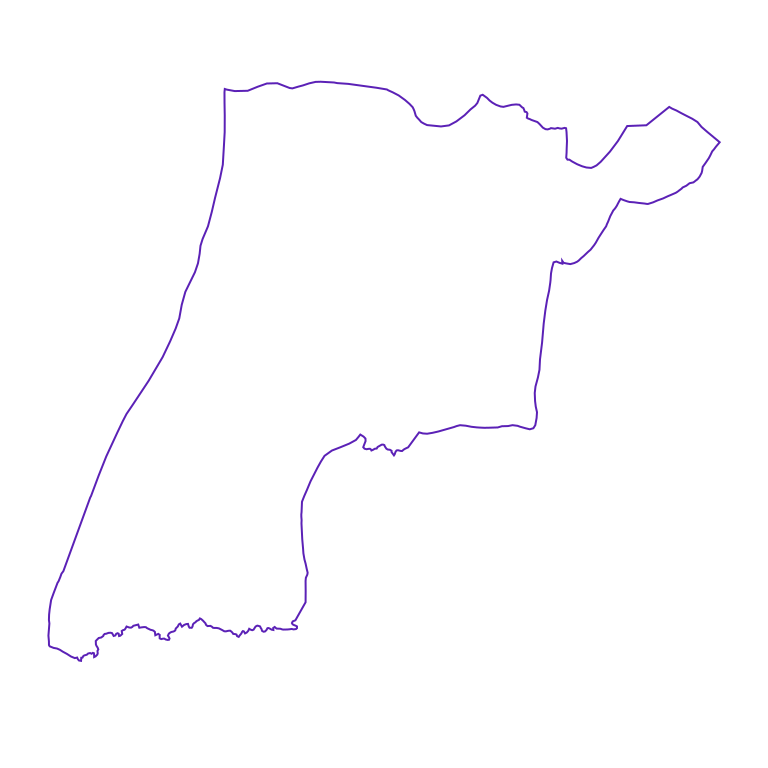 Odongk, Kâmpóng Spœ, Cambodia (Robinson projection), rotated 184°
{"feature_id": "14789045B64989528784016", "entity_name": "Odongk", "entity_type": "district", "adm_level": 2, "iso_a3": "KHM", "parent_name": "Cambodia", "parent_adm1": "Kâmpóng Spœ", "projection": "robinson", "projection_center": [104.6, 11.691], "detail": "fine", "context": "isolated", "style": "outline", "palette": "violet", "viewbox_px": 768, "rotation_deg": 184, "n_neighbors": 0, "source": "geoboundaries", "source_scale": "gbopen_adm2", "svg_char_len": 6116}
<svg xmlns="http://www.w3.org/2000/svg" viewBox="0 0 768 768"><g transform="rotate(184 384 384)"><path d="M455.9,142.1L447.0,160.8L447.7,172.0L448.5,182.1L448.4,185.3L447.2,188.5L447.0,190.4L448.3,194.5L449.7,199.4L451.1,203.4L452.6,209.5L453.2,213.8L454.7,223.3L456.6,239.1L456.7,242.5L457.2,245.8L457.4,248.3L457.3,250.4L457.6,260.8L455.7,266.8L453.5,272.9L450.5,281.8L444.5,295.9L441.5,302.3L438.3,308.2L431.3,314.0L422.8,318.0L414.5,322.1L408.1,326.2L405.7,329.5L404.1,331.9L400.7,330.1L398.7,328.3L398.4,325.8L399.6,321.9L400.3,319.5L398.9,318.1L396.8,317.7L395.1,318.2L393.5,318.4L392.5,317.8L391.9,316.8L390.5,317.5L388.6,318.8L386.8,319.1L386.0,320.7L382.1,323.3L380.7,323.5L379.4,323.1L378.8,321.8L377.1,319.6L375.7,318.9L373.5,318.8L371.8,317.9L371.7,316.6L369.1,313.5L368.5,314.5L367.7,317.3L366.8,318.6L365.4,318.9L362.6,318.4L361.3,318.4L359.7,320.0L358.7,320.7L357.0,321.7L355.5,322.5L345.6,338.2L341.8,337.4L337.5,337.4L332.1,338.7L326.5,340.4L311.3,345.9L308.6,347.1L305.3,348.2L299.5,348.1L293.7,347.4L288.5,347.2L285.7,347.2L281.0,347.3L276.4,347.7L267.5,348.6L263.4,350.1L257.3,350.7L252.9,351.9L247.8,351.6L245.4,350.9L239.6,349.7L235.4,349.0L231.9,350.3L230.2,353.5L229.4,360.8L229.4,366.5L231.0,371.9L232.1,377.5L233.0,385.5L232.7,392.1L230.9,401.3L229.9,409.0L230.1,419.4L229.2,436.3L228.9,455.5L228.2,468.4L227.2,479.2L225.8,488.6L225.2,496.7L225.1,499.4L225.1,506.0L224.5,511.4L223.3,517.2L220.6,518.2L217.3,517.1L214.5,516.5L214.8,519.3L213.3,517.4L210.6,517.0L206.5,516.6L202.7,517.9L199.8,519.5L198.3,520.8L196.0,523.4L193.9,525.4L189.7,530.0L187.3,532.4L184.1,537.1L182.6,539.7L180.1,545.0L175.8,552.8L173.4,556.8L172.8,558.9L171.8,561.5L170.0,567.2L168.4,570.8L167.4,573.1L166.3,574.5L165.3,576.0L164.1,578.2L163.4,579.9L162.2,582.6L160.9,585.2L157.9,584.2L153.8,583.1L151.7,582.7L147.1,582.7L142.5,582.4L136.7,582.2L134.6,582.0L133.3,582.0L128.2,584.0L124.0,586.2L118.5,588.6L114.0,591.1L111.8,592.2L106.4,595.0L105.1,595.9L100.6,599.8L99.9,600.8L96.2,602.9L93.2,605.6L89.4,606.7L85.4,610.3L83.6,612.9L81.9,616.7L81.5,618.9L81.2,622.8L78.8,626.7L75.7,632.0L74.5,634.7L72.8,639.0L71.2,641.1L69.4,643.9L66.0,648.6L78.8,657.8L85.2,662.6L89.6,667.2L95.0,670.1L101.4,672.8L106.5,675.0L111.3,677.2L115.8,678.8L118.8,680.3L140.3,660.4L159.4,658.3L167.6,642.7L174.8,631.6L183.3,620.8L187.2,616.9L190.2,615.1L192.4,614.0L197.2,614.1L201.5,615.0L206.6,616.7L211.7,619.0L214.7,620.7L216.6,620.6L218.0,622.4L218.0,627.3L218.2,632.0L218.4,639.1L219.5,648.1L220.2,651.8L221.7,652.1L224.6,651.1L226.6,651.2L228.5,651.6L231.2,650.6L235.3,650.9L236.4,650.2L238.5,649.4L240.7,649.5L243.4,650.8L247.0,654.2L249.2,656.0L255.3,657.7L257.0,658.4L258.8,658.9L260.1,659.6L259.8,663.9L260.8,665.2L262.6,665.5L263.2,667.0L264.2,669.0L265.5,669.6L268.4,672.0L271.7,672.1L276.0,671.4L284.2,668.8L287.1,669.0L291.6,670.3L295.5,672.2L298.5,674.2L301.2,676.6L305.7,679.4L308.0,678.4L310.5,670.8L312.5,668.0L316.9,663.9L322.4,657.7L330.1,651.0L337.2,646.5L345.1,644.9L359.1,645.3L362.2,646.5L365.1,647.9L367.2,650.0L369.4,652.0L371.0,653.8L372.7,658.4L373.6,660.2L374.7,662.1L378.1,665.2L382.9,668.8L389.5,672.9L395.7,675.6L400.3,677.3L401.6,678.0L412.1,679.0L440.7,680.9L451.6,680.9L454.9,681.3L468.2,681.1L473.3,680.6L479.6,678.7L485.7,676.2L490.1,674.7L496.0,672.5L498.8,672.7L511.4,676.6L521.8,675.6L530.8,671.7L540.4,667.0L553.3,665.8L561.3,666.7L563.4,667.2L563.5,664.1L562.7,653.4L561.6,640.7L560.5,624.1L560.3,610.4L560.1,591.5L561.9,577.9L565.5,558.0L567.8,543.7L570.6,529.0L575.1,515.9L576.7,509.1L577.0,500.9L578.0,491.4L580.4,482.3L588.6,462.1L591.3,448.9L592.8,435.2L595.7,424.8L600.3,411.7L606.7,395.4L619.0,370.8L633.0,346.1L638.8,336.1L642.0,328.7L646.7,316.8L656.0,292.4L662.3,272.6L668.5,251.6L669.1,250.4L690.8,174.9L692.5,172.3L693.5,168.7L694.9,164.5L695.8,162.9L699.0,152.3L701.0,145.3L701.8,136.0L702.0,130.6L701.8,125.2L701.1,121.8L701.2,109.6L700.3,103.8L700.0,100.2L699.2,99.0L695.2,97.7L691.7,97.3L688.7,96.2L685.8,94.6L681.4,92.6L677.2,90.3L673.3,89.0L671.0,89.7L670.4,88.4L669.0,86.9L666.9,86.7L666.9,89.8L665.7,90.0L665.0,91.6L664.1,92.3L661.6,93.2L660.4,94.5L658.4,95.1L656.9,94.5L655.7,95.5L654.6,95.2L654.3,93.8L654.1,91.4L652.7,92.2L651.1,94.1L650.8,95.4L651.0,96.5L651.2,97.8L650.5,99.3L651.3,101.1L652.4,102.5L653.2,104.0L653.6,107.5L652.9,108.4L650.9,110.7L648.4,111.4L646.5,113.0L646.2,114.1L645.2,115.2L643.7,115.5L641.5,116.5L639.4,116.8L637.9,116.5L636.1,113.8L634.5,114.4L633.7,116.1L632.4,116.8L631.3,116.4L630.7,114.1L629.5,114.5L627.7,116.4L628.4,119.3L627.4,120.1L625.7,120.8L624.9,121.9L623.9,124.1L621.1,123.3L619.4,123.3L618.1,124.1L617.2,125.3L612.4,126.9L611.1,123.8L609.0,124.3L606.3,124.8L604.6,124.8L603.3,123.9L599.7,122.5L598.3,122.3L596.8,121.9L595.3,120.8L594.6,117.4L591.7,119.0L590.2,118.0L590.2,116.2L590.0,114.6L588.4,114.0L586.8,114.5L585.5,114.7L583.9,113.9L581.9,113.6L580.6,113.9L580.2,115.2L581.1,116.7L582.0,117.9L581.2,120.0L579.7,121.3L578.5,121.9L577.3,122.2L575.8,122.9L575.0,123.8L574.7,125.5L572.8,127.7L571.9,129.9L570.6,130.8L568.6,127.8L566.6,129.7L564.5,130.7L562.8,131.0L562.4,129.9L561.8,128.4L561.0,127.3L558.8,127.4L558.1,128.7L557.8,130.9L556.8,132.2L555.4,133.2L554.7,134.2L553.4,135.1L552.3,135.6L551.3,137.3L549.9,136.7L548.2,135.4L545.3,132.7L544.9,131.5L543.2,130.2L540.3,130.6L538.8,129.9L537.6,128.9L536.1,128.8L533.9,129.0L531.6,128.7L528.1,127.2L526.1,126.2L524.5,126.2L522.3,126.9L520.3,127.2L519.0,126.4L517.7,125.2L517.0,124.2L514.8,124.1L513.7,123.8L512.9,122.2L511.3,121.6L510.5,123.0L509.0,125.0L508.2,126.9L507.5,127.7L506.5,127.4L505.2,125.5L503.6,126.5L502.2,128.3L501.4,130.4L499.8,129.6L498.3,129.2L497.0,129.8L495.2,133.1L493.6,134.1L492.1,133.9L490.7,133.5L489.9,132.0L489.1,131.0L488.4,129.2L486.9,128.5L485.5,128.8L484.2,130.2L483.2,132.3L482.1,132.5L480.8,132.0L479.0,131.1L477.2,130.9L477.5,132.9L476.1,134.0L475.1,133.2L474.0,132.5L471.6,132.6L470.2,132.6L468.5,132.1L467.3,132.0L463.1,132.4L461.3,132.7L459.0,133.2L457.1,132.9L454.7,133.4L453.8,134.3L453.9,136.1L455.2,136.7L456.2,137.0L457.4,137.4L458.4,137.9L459.2,139.1L458.5,140.8L455.9,142.1Z" fill="none" stroke="#5b21b6" stroke-width="2"/></g></svg>